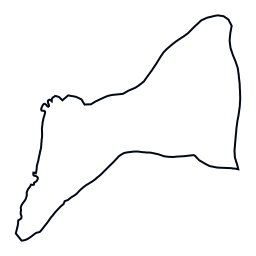 Al Had, Lahij, Yemen (Equal Earth projection)
{"feature_id": "15242507B34895471289505", "entity_name": "Al Had", "entity_type": "district", "adm_level": 2, "iso_a3": "YEM", "parent_name": "Yemen", "parent_adm1": "Lahij", "projection": "equal_earth", "projection_center": [45.197, 13.951], "detail": "fine", "context": "isolated", "style": "outline", "palette": "ink", "viewbox_px": 256, "rotation_deg": 0, "n_neighbors": 0, "source": "geoboundaries", "source_scale": "gbopen_adm2", "svg_char_len": 3955}
<svg xmlns="http://www.w3.org/2000/svg" viewBox="0 0 256 256"><path d="M238.3,169.3L238.1,168.5L237.1,164.5L234.9,157.5L234.5,151.0L234.5,150.3L234.7,148.3L235.0,144.3L235.1,143.0L235.3,141.3L235.8,135.5L236.0,133.7L236.2,131.4L236.2,130.8L236.5,127.8L237.5,120.5L238.5,115.4L238.8,113.3L239.8,106.1L239.9,103.9L240.1,101.1L240.2,98.5L240.0,90.9L239.8,87.9L239.7,84.8L239.6,83.2L238.9,77.3L238.8,75.6L237.8,68.3L237.4,67.0L235.7,62.0L235.6,61.6L235.1,60.4L232.9,55.1L230.5,47.9L229.8,42.3L229.6,40.4L230.3,33.1L230.9,30.0L231.3,27.7L231.6,26.2L231.7,25.9L229.2,21.0L228.6,19.7L223.6,16.2L218.1,15.4L217.5,15.4L217.4,15.4L215.1,15.8L207.1,17.7L201.6,20.2L200.9,20.7L193.7,27.4L189.6,31.6L188.1,33.1L184.1,36.1L179.9,38.8L175.5,41.8L172.2,44.4L170.9,45.5L166.7,49.1L163.5,52.4L161.1,55.9L156.9,62.7L156.6,63.2L151.8,70.4L146.5,77.7L145.6,79.0L143.9,81.4L141.2,83.6L138.3,85.8L136.0,87.3L135.2,87.8L128.4,90.7L123.0,93.8L121.5,94.0L112.6,94.9L111.9,95.0L110.4,95.3L107.6,96.0L104.7,97.2L99.7,99.5L95.3,101.6L90.9,104.3L84.9,104.5L84.6,104.6L83.9,103.5L81.5,99.4L76.0,96.8L68.3,95.4L68.2,95.4L63.2,99.6L62.4,100.3L61.8,99.7L59.0,97.0L57.7,96.6L55.9,96.0L55.1,96.0L54.4,96.6L53.6,97.1L52.8,97.5L52.2,98.3L51.7,99.1L51.8,100.2L51.7,101.3L51.0,100.7L50.3,100.1L49.4,99.7L48.5,100.1L47.9,101.0L47.9,102.0L48.2,103.3L48.6,104.2L49.0,105.1L49.0,106.2L48.2,106.7L47.4,106.2L46.7,105.6L46.2,104.8L45.5,104.3L44.7,103.8L43.8,104.0L43.1,104.7L42.5,105.6L42.1,106.7L41.6,107.7L41.2,108.8L41.2,109.9L41.8,110.7L42.7,110.7L43.5,110.8L44.3,110.9L45.1,111.6L45.0,112.8L44.8,113.8L44.5,114.9L44.3,115.9L43.8,117.0L43.5,118.2L43.3,119.2L43.1,120.4L42.8,121.4L42.6,122.6L42.5,123.7L42.4,124.9L42.2,126.1L42.1,127.4L41.9,128.7L42.0,129.8L42.0,130.8L42.0,131.9L42.1,133.0L42.1,134.0L42.1,135.3L42.1,136.3L42.0,137.5L41.8,138.6L41.6,140.0L41.6,141.5L41.4,142.7L41.3,143.8L41.3,144.2L41.3,145.3L41.1,146.6L41.0,147.9L40.8,148.9L40.7,149.2L40.5,150.3L40.1,151.5L39.9,152.6L39.7,154.0L39.4,155.0L39.2,156.1L38.9,157.3L38.7,158.5L38.4,160.0L38.2,161.1L37.9,162.1L37.6,163.1L37.3,164.1L37.0,165.2L36.8,166.3L36.8,167.4L36.7,168.6L36.5,170.0L36.3,171.2L36.1,172.2L35.8,173.3L34.9,173.1L34.2,172.6L33.4,172.6L33.3,173.7L33.3,174.8L34.0,175.6L34.9,175.9L35.7,176.0L36.6,176.4L37.4,177.1L37.9,178.0L37.7,179.1L37.2,180.1L36.7,180.9L36.0,181.6L35.2,182.1L34.1,182.7L34.1,183.8L33.7,184.8L32.9,184.9L31.0,184.6L30.6,185.5L30.1,186.5L29.6,187.3L28.9,188.1L28.2,188.9L27.7,189.9L27.2,191.2L26.7,192.2L26.7,193.3L26.8,194.2L26.8,194.3L26.8,195.5L26.5,196.5L26.1,197.7L25.8,198.8L25.3,199.8L24.7,200.7L24.0,201.6L23.3,202.6L22.7,203.3L22.2,204.1L21.6,205.1L21.2,206.1L20.8,207.2L20.8,208.4L21.0,209.5L21.0,210.7L20.7,211.7L20.7,213.0L20.7,214.1L21.1,215.1L21.5,216.1L21.5,217.2L21.3,218.2L20.7,218.9L19.9,219.4L19.1,219.8L18.3,220.3L18.1,221.3L18.2,222.1L17.8,225.3L16.5,230.6L15.8,233.4L20.4,239.2L21.6,240.6L22.4,240.6L23.9,240.3L25.7,239.8L27.7,238.9L29.7,237.6L31.3,236.5L33.0,235.2L34.5,234.0L36.1,232.9L38.0,232.4L39.7,232.0L41.2,230.4L42.5,228.8L44.0,226.8L45.5,224.9L46.8,223.3L48.3,221.3L49.5,219.5L50.9,217.5L52.5,215.7L53.3,214.7L54.0,213.7L55.6,211.8L57.1,210.2L58.7,208.5L60.2,206.9L62.0,205.3L63.5,204.1L64.7,201.2L66.3,200.6L68.1,199.9L69.6,198.6L71.6,197.1L73.5,196.0L75.2,194.9L76.8,193.6L78.3,192.0L79.8,190.4L81.3,189.0L83.2,187.4L83.3,187.3L84.9,186.1L86.5,184.9L88.3,183.9L90.0,182.8L92.0,181.6L93.6,180.5L95.6,179.0L97.2,177.5L98.9,176.2L100.7,174.7L109.1,166.3L113.3,162.2L114.0,161.5L119.0,156.1L121.0,154.8L122.7,153.7L124.5,152.9L126.6,152.5L128.5,152.2L130.5,152.0L132.3,151.7L134.3,151.6L136.1,151.5L138.1,151.6L139.9,151.8L142.0,152.1L144.4,152.3L146.6,152.5L148.9,152.5L150.9,152.7L158.1,154.2L164.2,156.3L168.5,156.8L173.0,157.0L176.9,156.6L184.1,156.2L193.7,155.1L195.3,156.0L196.9,157.9L198.9,159.9L199.4,160.4L202.4,162.1L205.2,163.8L209.7,166.1L217.5,167.6L231.9,168.2L232.6,168.5L234.5,168.5L238.3,169.3Z" fill="none" stroke="#020617" stroke-width="2"/></svg>